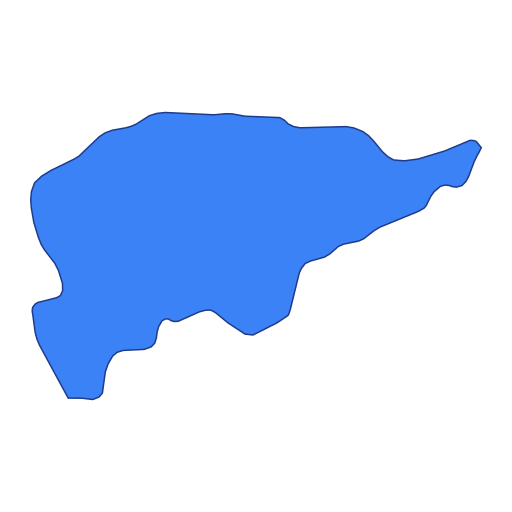 SVG path tracing the border of Guairá
{"feature_id": "PRY-608", "entity_name": "Guairá", "entity_type": "Department", "adm_level": 1, "iso_a3": "PRY", "parent_name": "Paraguay", "parent_adm1": "", "projection": "albers", "projection_center": [-56.21, -25.878], "detail": "fine", "context": "isolated", "style": "filled", "palette": "blue", "viewbox_px": 512, "rotation_deg": 0, "n_neighbors": 0, "source": "natural_earth", "source_scale": "10m", "svg_char_len": 1588}
<svg xmlns="http://www.w3.org/2000/svg" viewBox="0 0 512 512"><path d="M165.3,112.5L213.9,114.8L226.0,113.7L232.3,113.9L245.0,116.2L279.8,117.6L284.5,120.3L288.1,123.9L293.4,126.5L300.0,127.8L346.2,126.6L354.1,128.0L362.9,131.6L368.7,135.8L373.5,140.9L382.5,151.8L387.9,156.7L393.7,160.0L404.6,160.8L418.2,159.0L444.3,151.1L470.2,140.3L474.0,140.6L476.3,141.5L481.3,147.7L478.7,152.9L477.5,154.9L474.2,161.6L468.5,176.8L465.8,181.6L461.9,185.6L456.6,187.1L452.6,186.7L448.8,185.4L444.8,185.1L440.4,186.3L434.0,191.8L430.9,196.1L426.3,205.4L424.1,208.1L418.5,211.3L380.0,227.1L374.2,230.6L363.6,238.8L358.8,241.0L343.4,244.2L338.3,246.5L330.2,253.6L324.7,257.0L310.6,261.0L305.2,263.5L301.4,268.4L299.3,272.9L290.2,309.8L288.9,313.7L288.5,314.6L287.8,315.6L277.1,322.8L253.0,335.0L245.0,334.1L228.0,322.9L216.2,313.2L214.2,311.9L210.7,310.1L205.6,310.2L199.3,311.9L178.2,321.3L174.2,321.5L171.2,320.7L168.4,319.0L165.6,318.9L162.1,320.7L158.6,326.7L157.1,332.2L156.4,337.9L154.7,343.2L151.3,346.8L144.2,349.4L123.3,350.4L117.2,352.3L112.7,356.0L108.1,363.9L105.3,372.0L102.4,393.1L98.9,397.1L92.8,399.5L82.0,398.2L68.2,398.1L39.5,345.2L36.9,339.0L35.1,332.1L32.7,313.9L32.4,312.9L32.2,310.3L32.7,307.3L35.1,304.1L37.9,302.4L56.3,297.8L60.5,295.5L62.6,290.6L62.5,283.5L58.4,270.3L54.7,263.1L44.5,249.9L41.2,244.4L38.3,237.1L33.8,222.3L31.3,207.7L30.7,199.4L31.5,191.5L34.5,182.9L41.7,176.1L51.0,170.4L74.7,158.8L79.0,156.1L99.3,136.7L105.1,132.9L112.4,130.2L125.9,127.8L131.5,126.2L136.4,124.0L149.4,115.7L156.8,113.4L165.3,112.5Z" fill="#3b82f6" stroke="#1e3a8a" stroke-width="1.5"/></svg>